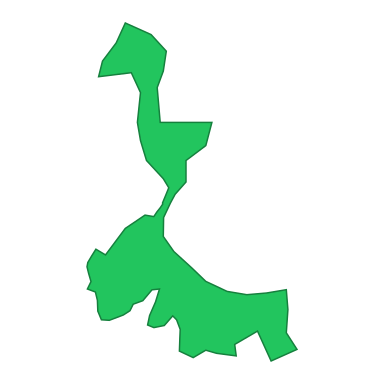 Pera Chorio, Nicosia, Cyprus (Equal Earth projection)
{"feature_id": "46923920B47441185050524", "entity_name": "Pera Chorio", "entity_type": "district", "adm_level": 2, "iso_a3": "CYP", "parent_name": "Cyprus", "parent_adm1": "Nicosia", "projection": "equal_earth", "projection_center": [33.375, 35.031], "detail": "fine", "context": "isolated", "style": "filled", "palette": "green", "viewbox_px": 384, "rotation_deg": 0, "n_neighbors": 0, "source": "geoboundaries", "source_scale": "gbopen_adm2", "svg_char_len": 1095}
<svg xmlns="http://www.w3.org/2000/svg" viewBox="0 0 384 384"><path d="M297.0,349.4L286.3,332.8L287.9,309.6L286.3,289.7L266.6,293.0L246.8,294.7L227.1,291.4L205.8,281.4L192.1,268.2L173.9,251.6L163.3,236.5L163.6,217.5L170.4,203.1L175.1,194.3L186.0,182.0L186.0,160.5L205.8,145.6L211.9,122.4L186.0,122.4L160.2,122.4L157.2,87.6L163.3,71.1L166.3,51.2L151.1,34.6L125.3,23.0L116.2,42.9L102.5,61.1L98.6,76.7L131.3,72.7L140.5,92.6L137.4,122.4L140.5,140.6L146.5,160.5L163.3,178.7L168.7,187.6L168.7,187.9L165.7,195.3L162.5,203.0L162.7,204.2L162.3,204.7L160.2,207.8L157.0,211.8L153.8,216.6L145.0,215.1L125.3,228.4L105.5,254.9L95.9,249.2L91.4,256.4L87.8,262.5L87.0,266.8L88.6,273.3L91.0,281.6L87.4,289.0L95.4,292.0L97.4,300.3L97.8,311.1L101.4,319.8L109.3,320.3L123.3,315.0L130.0,310.7L133.2,304.2L142.8,300.7L152.0,289.8L159.5,289.0L155.5,302.0L149.6,315.5L147.6,325.0L153.9,327.6L164.3,325.5L172.7,315.9L176.6,319.8L180.2,329.4L179.8,339.4L179.4,351.1L193.2,357.6L205.8,350.2L216.5,353.3L236.2,355.9L234.7,344.4L257.5,331.1L271.1,361.0L297.0,349.4Z" fill="#22c55e" stroke="#15803d" stroke-width="1.5"/></svg>